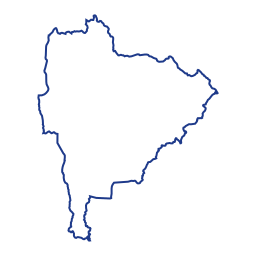 Vanduzi, Manica, Mozambique (Equal Earth projection)
{"feature_id": "85939544B72355494669336", "entity_name": "Vanduzi", "entity_type": "district", "adm_level": 2, "iso_a3": "MOZ", "parent_name": "Mozambique", "parent_adm1": "Manica", "projection": "equal_earth", "projection_center": [33.373, -18.898], "detail": "fine", "context": "isolated", "style": "outline", "palette": "blue", "viewbox_px": 256, "rotation_deg": 0, "n_neighbors": 0, "source": "geoboundaries", "source_scale": "gbopen_adm2", "svg_char_len": 5652}
<svg xmlns="http://www.w3.org/2000/svg" viewBox="0 0 256 256"><path d="M86.3,20.0L86.3,23.0L85.8,24.3L87.2,25.8L87.6,27.3L87.6,28.0L86.9,29.4L86.9,30.9L85.2,32.9L84.8,33.0L83.6,32.6L82.3,31.2L81.4,30.7L80.4,31.2L78.9,31.5L76.9,31.3L75.4,31.6L74.4,31.2L73.5,31.9L72.1,32.0L71.7,32.7L71.5,33.5L68.9,31.7L67.2,31.9L66.1,32.5L65.6,33.1L65.5,33.9L62.0,32.8L61.0,33.0L60.2,33.8L59.8,33.8L58.9,33.3L58.3,33.3L57.4,32.1L57.0,30.1L56.3,28.4L55.9,28.1L54.7,28.7L53.6,29.9L52.6,32.0L51.2,33.4L50.3,34.0L49.5,35.3L48.7,35.3L48.4,37.4L48.7,40.5L47.8,42.8L46.4,45.2L46.1,46.8L45.8,55.4L45.5,57.8L45.8,59.1L46.7,59.8L47.0,61.0L45.2,68.3L44.4,70.6L44.6,72.1L45.8,73.6L46.2,74.8L46.3,81.8L46.6,84.3L48.0,87.2L48.4,88.5L48.4,89.3L48.1,90.3L47.6,91.2L46.2,92.9L44.5,94.3L41.9,95.3L38.7,95.4L38.4,97.7L38.7,99.2L39.0,99.4L39.2,100.7L39.2,102.8L38.8,104.5L39.2,105.2L39.0,106.1L39.4,107.4L39.2,109.4L39.4,110.2L40.1,111.0L40.4,113.2L42.0,115.8L42.8,120.3L43.0,124.2L42.8,124.5L43.6,126.3L43.0,127.9L43.7,129.4L43.6,130.2L44.0,131.0L43.3,133.1L44.2,132.9L45.1,133.4L45.8,133.4L48.2,131.7L49.1,131.4L51.4,133.2L52.0,133.1L53.9,132.2L54.4,132.4L55.5,133.5L57.5,133.9L57.4,142.9L63.4,153.5L64.2,154.3L64.8,155.5L64.8,157.6L64.5,160.2L64.8,160.4L64.1,162.9L63.2,165.1L62.6,167.1L62.2,169.5L62.2,172.0L62.6,172.8L63.1,173.1L63.1,173.8L63.8,174.9L63.7,177.8L64.2,180.6L65.2,182.6L67.0,183.7L67.7,185.1L67.6,186.3L67.9,187.2L68.1,188.9L68.6,189.8L68.5,191.6L68.8,192.3L68.9,194.1L69.7,195.5L69.8,196.9L70.0,197.5L70.4,200.4L69.6,201.9L69.8,203.7L69.6,205.0L69.7,206.4L69.3,207.3L69.4,208.2L70.4,210.6L72.6,212.7L72.8,213.3L73.4,213.8L73.3,215.0L72.5,216.5L72.6,217.6L71.9,218.7L71.6,221.2L70.9,222.5L71.0,223.6L70.8,225.0L70.8,225.5L71.2,226.1L71.2,226.7L70.1,227.4L68.9,228.6L68.5,230.6L69.1,231.4L70.4,231.6L71.1,232.3L71.9,232.1L72.3,231.3L72.7,231.2L73.1,231.6L74.0,233.7L73.9,235.2L74.0,236.0L74.5,236.9L75.1,237.6L76.1,237.9L77.5,237.1L78.2,237.1L81.4,237.8L83.3,239.1L84.5,239.1L84.9,238.6L86.8,238.0L87.3,236.9L87.9,236.4L88.2,236.5L88.4,237.1L87.9,238.2L87.9,239.1L88.7,240.4L89.3,240.6L89.9,240.5L89.5,239.8L89.8,238.9L89.0,237.3L89.3,235.9L89.1,235.1L89.8,234.7L90.0,234.3L89.7,233.8L88.8,233.7L88.6,232.0L88.8,231.4L90.1,230.6L90.1,229.7L90.5,228.7L90.2,228.0L87.9,227.3L87.3,226.1L86.4,226.3L86.0,226.1L85.7,225.2L85.8,222.9L85.0,222.1L84.8,220.5L84.0,219.8L84.4,219.1L84.6,218.3L84.5,217.5L84.2,216.9L84.2,215.9L84.5,215.0L85.3,214.6L85.6,213.8L85.1,212.3L86.6,210.7L86.1,208.2L86.0,205.4L86.7,203.6L88.9,202.2L89.4,200.2L88.9,199.0L90.2,197.6L90.3,197.0L90.1,196.3L96.3,197.9L110.0,198.5L111.2,198.1L111.1,196.7L111.6,193.8L111.6,188.5L111.9,186.3L112.7,184.5L114.0,182.7L128.1,181.7L131.3,180.8L133.4,181.0L134.9,180.7L135.7,181.2L136.8,182.7L137.9,183.4L139.2,183.3L140.1,182.8L140.3,182.1L142.1,180.5L142.4,180.4L142.7,179.9L142.7,179.5L142.3,179.0L142.0,178.2L142.4,177.1L142.2,176.0L142.5,175.6L142.9,175.6L143.1,175.0L143.2,173.9L143.7,173.2L144.2,173.0L144.0,172.2L143.2,171.3L143.3,170.4L145.3,168.5L146.2,166.7L146.9,164.8L147.6,163.8L148.0,162.5L148.3,162.2L150.3,161.9L153.4,159.1L154.7,159.0L156.3,158.3L155.8,157.0L156.4,156.0L157.0,152.6L157.7,152.0L157.9,151.2L158.8,150.7L158.9,150.4L158.4,149.2L158.5,148.8L159.8,148.6L161.3,147.5L161.7,147.0L161.6,145.7L161.9,145.3L162.3,145.3L162.8,145.8L163.6,145.6L164.9,145.8L165.5,145.5L166.0,144.0L166.7,143.5L169.6,143.0L171.1,143.4L172.6,143.3L173.4,141.9L174.5,142.0L174.8,141.8L175.1,140.8L175.2,139.3L176.0,138.2L176.5,138.4L176.9,139.3L178.1,140.0L179.7,141.6L180.4,143.3L180.9,143.2L181.2,142.8L181.0,140.7L181.1,139.7L182.3,136.9L184.2,135.5L184.9,133.6L185.8,133.1L186.2,132.4L186.1,131.8L185.6,131.3L185.2,131.2L184.7,131.6L184.4,131.4L183.4,129.4L183.3,128.2L183.5,127.6L184.6,127.2L185.6,126.1L189.0,124.2L190.9,124.3L195.1,123.7L196.8,121.6L197.2,120.5L197.0,120.3L197.3,119.1L197.8,118.2L198.1,118.1L198.6,118.4L199.9,118.1L201.6,118.2L202.2,117.9L202.2,116.7L202.6,116.2L202.8,115.0L202.6,113.5L203.7,111.9L205.0,110.7L205.7,108.8L205.5,107.8L203.2,105.9L203.1,105.5L203.2,105.1L203.7,104.8L205.7,104.4L206.1,103.0L207.0,101.7L207.9,99.9L209.3,98.8L212.1,95.2L213.5,94.1L214.6,93.8L215.1,92.5L215.4,92.2L215.6,92.4L215.9,93.1L216.3,93.4L217.4,93.3L217.6,93.1L215.6,89.7L214.3,88.8L212.3,88.3L211.5,87.4L210.5,85.5L209.7,84.8L209.3,83.7L209.6,81.7L210.0,81.0L209.8,80.2L208.1,79.1L207.5,78.1L206.4,77.9L205.1,76.3L204.1,75.9L203.6,74.7L202.5,74.3L201.0,72.3L198.7,70.1L198.0,69.9L197.5,70.4L197.5,71.5L197.3,72.9L197.1,73.1L196.5,73.2L194.9,74.9L192.6,76.0L191.2,76.2L189.1,75.0L187.9,75.4L187.4,74.8L187.0,73.5L185.3,73.4L182.4,70.8L180.1,69.4L179.4,68.5L178.1,67.9L177.8,67.3L177.4,65.2L176.8,63.7L174.7,61.7L173.5,60.0L172.8,58.2L170.8,56.6L170.0,56.4L169.2,56.6L168.7,57.1L168.7,58.2L168.5,58.5L167.8,58.7L166.3,58.7L165.5,59.3L165.0,60.1L163.1,61.5L159.1,61.8L157.5,61.1L157.0,60.4L156.7,59.4L156.2,58.8L153.7,58.0L151.1,56.5L149.3,56.2L148.2,54.9L146.7,54.5L145.0,54.5L140.0,55.2L139.5,55.1L138.9,54.4L137.4,54.3L131.5,56.3L129.2,56.6L127.5,55.8L125.8,55.9L124.6,56.3L123.4,55.3L122.3,55.3L120.9,54.8L119.0,55.4L118.3,55.3L116.7,53.4L115.1,50.9L114.7,50.8L113.9,51.3L113.5,51.0L113.1,49.6L113.4,48.4L113.2,47.5L113.5,45.3L112.9,42.3L113.2,39.3L113.2,37.9L112.9,37.3L112.2,36.7L111.4,36.4L110.7,36.5L110.4,36.2L109.6,34.0L108.1,32.7L108.0,31.1L108.7,29.5L108.7,28.6L107.1,26.6L105.2,26.1L104.3,25.6L103.9,25.1L103.4,23.5L101.9,22.4L101.2,21.2L100.0,20.9L99.0,21.8L98.6,21.8L97.4,21.5L96.8,20.5L97.0,19.3L96.7,18.1L96.2,17.2L95.9,16.1L95.1,15.4L94.2,15.4L93.6,16.0L94.0,17.5L93.3,20.0L92.4,20.0L91.1,19.7L89.0,21.4L88.6,21.4L86.3,20.0Z" fill="none" stroke="#1e3a8a" stroke-width="2"/></svg>